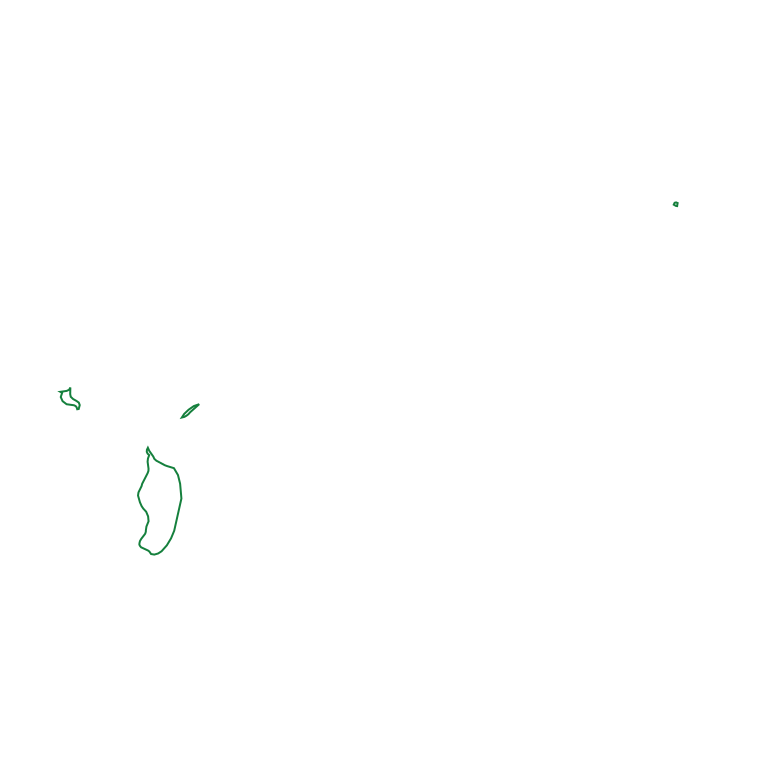 the Autonomous region of Madeira, rotated 260°
{"feature_id": "PRT-736", "entity_name": "Madeira", "entity_type": "Autonomous region", "adm_level": 1, "iso_a3": "PRT", "parent_name": "Portugal", "parent_adm1": "", "projection": "mercator", "projection_center": [-16.613, 31.57], "detail": "fine", "context": "isolated", "style": "outline", "palette": "green", "viewbox_px": 768, "rotation_deg": 260, "n_neighbors": 0, "source": "natural_earth", "source_scale": "10m", "svg_char_len": 1241}
<svg xmlns="http://www.w3.org/2000/svg" viewBox="0 0 768 768"><g transform="rotate(260 384 384)"><path d="M340.9,156.0L337.6,162.5L330.1,165.3L321.2,165.9L306.4,164.6L275.9,151.9L269.0,147.5L262.8,142.1L257.9,135.9L256.3,132.1L255.9,128.2L257.0,125.1L259.8,123.8L260.9,122.8L265.4,116.4L267.1,115.5L268.3,115.2L269.6,115.5L271.7,116.4L273.6,118.0L278.0,122.8L279.9,123.8L281.0,124.0L284.9,125.3L289.7,128.3L294.6,128.7L299.5,127.6L303.1,125.3L305.8,124.1L309.9,123.1L316.9,122.4L319.9,123.4L325.5,127.5L327.7,128.5L337.2,135.7L339.3,136.9L341.5,137.4L348.5,137.7L351.6,138.6L354.7,140.4L356.5,139.1L358.4,138.6L360.4,139.1L362.2,140.4L359.0,141.2L352.6,144.2L350.2,144.8L348.0,146.5L342.1,154.0L340.9,156.0ZM423.2,75.2L420.8,78.1L418.7,80.2L416.1,80.7L412.4,79.0L412.4,77.5L414.3,77.3L415.8,76.5L416.9,75.0L419.2,67.9L422.9,64.5L427.3,63.4L431.2,65.5L432.5,63.9L432.3,70.3L433.0,72.9L435.0,74.5L428.5,73.2L425.8,73.3L423.2,75.2ZM396.2,198.5L389.8,188.1L388.2,186.1L387.1,184.0L386.3,181.8L386.1,179.1L389.2,182.0L392.6,187.1L395.3,192.9L396.2,198.5ZM510.3,700.5L512.0,701.7L512.1,703.2L511.2,704.6L510.5,704.3L509.3,703.9L508.4,703.6L508.6,703.2L508.5,702.8L508.7,702.4L510.3,700.5Z" fill="none" stroke="#15803d" stroke-width="2"/></g></svg>